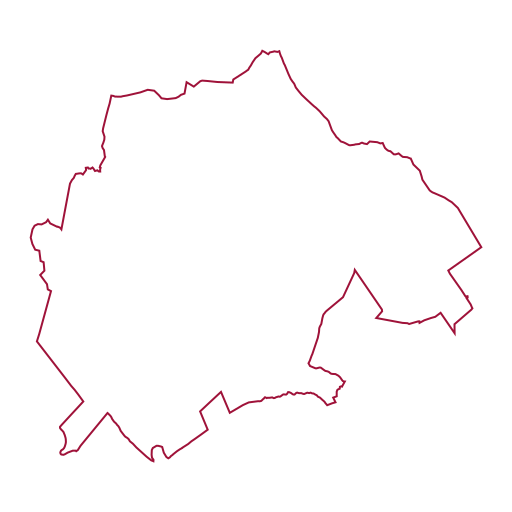 the district of Coxcatlán, San Luis Potosí, Mexico
{"feature_id": "50627088B1210945284029", "entity_name": "Coxcatlán", "entity_type": "district", "adm_level": 2, "iso_a3": "MEX", "parent_name": "Mexico", "parent_adm1": "San Luis Potosí", "projection": "equal_earth", "projection_center": [-98.903, 21.515], "detail": "fine", "context": "isolated", "style": "outline", "palette": "rose", "viewbox_px": 512, "rotation_deg": 0, "n_neighbors": 0, "source": "geoboundaries", "source_scale": "gbopen_adm2", "svg_char_len": 5291}
<svg xmlns="http://www.w3.org/2000/svg" viewBox="0 0 512 512"><path d="M472.4,308.3L471.9,307.4L470.7,304.5L466.6,298.2L467.3,298.1L467.7,297.3L467.5,296.2L466.4,296.4L466.0,296.3L465.3,296.1L461.3,289.9L449.9,273.7L448.3,270.5L481.3,247.2L459.9,211.4L457.9,208.0L451.8,202.2L448.6,200.3L444.6,197.6L434.5,193.2L432.5,192.4L431.1,191.5L429.7,190.4L422.4,179.7L421.6,176.4L419.8,170.7L413.4,164.5L410.8,158.6L410.6,158.6L407.2,157.2L402.9,156.9L401.7,156.1L398.6,153.4L396.6,154.1L395.3,154.4L393.8,154.3L390.4,151.2L389.5,151.1L389.1,151.0L387.9,150.5L386.8,149.7L385.1,148.1L384.5,147.0L382.7,143.0L380.3,143.4L377.3,142.2L369.7,141.5L367.0,144.1L363.9,143.5L362.1,142.7L361.5,142.8L359.2,144.0L355.3,144.4L354.8,144.6L353.9,144.8L350.0,145.3L349.0,145.1L345.4,143.2L343.5,142.3L340.9,141.5L337.3,137.7L336.6,137.3L335.2,135.1L333.3,132.4L331.9,130.2L328.6,121.2L326.9,119.0L324.0,116.4L323.6,115.9L319.7,111.3L315.9,107.7L314.2,106.4L311.5,104.0L306.2,99.1L301.7,94.8L298.7,91.2L295.8,87.5L294.5,84.4L294.1,83.6L292.4,81.4L290.7,78.9L288.4,73.9L287.3,71.2L284.8,65.1L283.9,63.5L281.8,57.8L280.9,56.1L280.0,53.7L279.3,51.2L277.5,51.9L274.2,51.3L273.6,51.6L270.0,52.4L269.7,52.5L269.0,53.4L268.3,54.2L267.2,53.6L265.5,52.5L264.3,51.8L262.3,50.8L261.6,52.2L260.8,53.6L258.5,55.6L255.4,58.2L252.6,62.3L250.9,65.4L249.3,67.7L248.2,69.8L247.6,70.1L245.6,71.6L233.3,79.5L232.7,82.6L217.3,82.0L207.5,81.0L202.2,80.6L200.3,81.2L193.8,86.6L186.6,82.2L184.5,93.6L181.0,94.8L178.6,96.7L175.7,98.1L170.7,98.7L167.1,99.1L161.5,98.3L158.9,95.2L154.2,90.7L147.7,89.8L140.3,92.4L126.9,95.5L122.8,96.2L120.9,96.7L115.1,96.6L113.3,95.9L111.3,95.6L109.6,103.6L108.2,108.3L106.4,115.1L103.1,128.4L102.7,131.2L104.5,136.7L104.3,139.7L103.3,142.8L102.4,145.0L102.0,146.1L102.3,147.0L102.6,148.0L104.0,150.1L104.8,156.2L105.2,156.9L100.3,165.4L99.8,167.4L100.6,167.8L100.5,168.2L100.2,169.0L100.1,170.2L100.2,171.5L98.9,171.5L98.4,171.2L97.4,170.3L95.0,171.0L93.4,168.5L92.5,167.5L90.9,168.6L90.6,168.8L89.9,168.5L88.7,168.6L88.4,168.4L87.9,167.5L85.8,167.8L86.1,170.0L85.8,170.5L82.9,174.5L81.5,173.5L80.9,173.3L79.1,173.4L77.3,173.7L75.8,173.9L74.7,175.8L73.8,177.9L71.9,180.1L70.0,183.6L61.4,229.4L60.1,227.7L57.6,226.6L57.2,226.8L50.2,223.4L47.9,219.7L46.1,222.2L41.6,224.4L37.9,224.1L34.6,225.7L32.5,229.3L30.7,237.6L32.4,244.0L35.2,249.7L39.3,250.7L40.6,261.0L43.6,262.2L43.9,265.2L44.4,270.7L40.2,275.0L47.0,284.2L47.8,289.4L51.0,291.1L39.2,334.1L36.9,341.4L65.2,378.0L71.2,385.9L74.7,389.9L78.3,394.6L83.3,401.5L70.6,415.2L62.3,424.2L61.4,425.2L60.0,426.8L60.0,427.9L60.5,428.7L61.3,429.7L62.2,430.5L63.6,432.2L64.1,433.6L64.6,434.7L65.1,436.3L65.6,438.1L65.8,439.6L65.9,442.1L65.6,443.9L64.8,446.5L64.1,448.0L63.0,449.3L61.8,450.0L61.0,450.7L60.3,452.3L60.4,453.2L60.7,453.9L61.3,454.5L63.4,454.8L64.8,454.3L67.7,452.6L72.7,450.7L74.3,450.7L75.7,450.7L76.2,451.2L77.8,450.1L80.6,445.7L107.5,413.0L108.0,413.4L110.4,415.8L110.9,416.5L111.6,417.6L111.9,418.6L114.0,421.6L116.2,423.6L117.0,424.8L118.3,426.1L119.3,427.7L120.7,430.9L124.3,435.6L125.3,436.7L127.4,438.0L128.7,439.2L129.9,441.3L132.9,443.7L136.3,447.4L146.6,456.7L151.3,460.4L153.2,461.1L153.4,461.2L153.5,459.9L153.0,459.1L152.0,457.7L151.6,454.8L151.8,450.1L152.8,448.0L156.5,445.8L158.1,445.8L161.0,446.5L162.2,447.0L163.8,452.7L166.4,457.0L168.3,458.3L169.9,457.3L171.0,456.0L172.6,454.9L172.9,454.5L175.0,452.8L177.0,451.2L180.0,449.2L182.2,448.0L182.2,447.8L184.9,446.1L188.2,444.0L191.4,441.3L192.0,440.9L194.5,439.2L200.7,434.8L207.7,429.7L200.1,411.4L209.7,402.4L221.0,391.9L229.8,412.8L242.9,405.1L248.8,402.4L258.1,401.2L259.7,401.3L261.3,400.9L263.2,399.0L263.8,398.6L264.8,397.3L265.3,397.3L266.7,398.1L267.4,397.8L269.5,397.8L272.2,397.4L273.6,398.1L274.7,398.0L275.9,397.3L278.5,396.5L279.8,396.7L280.5,396.4L282.9,394.6L283.4,394.4L283.9,394.4L286.1,394.6L286.5,394.3L287.2,393.7L287.9,392.4L288.1,392.1L289.3,392.2L290.3,392.7L291.2,393.1L292.6,394.2L293.4,394.5L294.1,394.6L294.6,394.5L296.0,393.1L297.1,392.6L298.7,393.1L300.0,393.2L301.1,393.1L303.3,393.9L304.2,394.0L307.2,392.7L309.2,393.1L310.3,392.7L310.7,392.7L311.9,393.3L312.2,393.4L313.6,393.5L315.5,394.7L316.0,394.9L316.5,395.1L317.2,395.7L317.7,396.5L318.1,396.8L319.8,397.5L320.5,398.1L322.1,399.6L322.7,400.2L323.3,400.6L324.8,402.1L325.3,403.0L326.1,403.9L327.2,405.2L332.1,403.3L335.5,402.3L333.2,397.6L334.6,397.1L336.7,396.3L336.7,391.7L337.3,390.0L338.2,389.3L339.7,388.7L339.9,386.8L341.0,386.4L341.5,386.3L342.0,386.6L344.8,381.5L343.7,381.4L342.8,381.0L342.2,380.3L340.1,377.3L338.4,375.7L335.5,374.1L332.2,373.9L331.7,373.8L331.1,373.7L330.3,373.2L329.1,372.1L328.1,371.6L327.2,371.3L325.3,370.9L323.7,369.8L320.9,367.7L320.5,367.6L320.0,367.5L319.6,367.5L317.4,368.1L316.1,368.4L315.2,368.2L310.0,366.0L309.4,364.8L308.5,363.3L309.8,360.7L311.6,355.7L312.3,354.2L317.8,337.9L319.0,332.0L319.1,330.6L319.2,328.9L319.3,328.1L319.9,326.5L321.3,324.0L321.4,323.5L322.4,318.1L323.2,315.2L323.7,314.2L324.5,313.3L325.6,311.8L326.9,310.6L343.0,297.2L354.2,273.1L354.8,269.9L381.9,309.5L382.1,311.3L376.3,318.0L402.6,322.9L407.5,323.2L409.1,324.0L417.0,321.7L418.5,321.3L419.3,321.3L419.3,321.9L419.5,322.9L424.3,320.3L431.0,318.0L435.3,316.8L440.6,312.8L454.6,333.2L454.5,324.2L471.3,309.7L472.4,308.3Z" fill="none" stroke="#9f1239" stroke-width="2"/></svg>